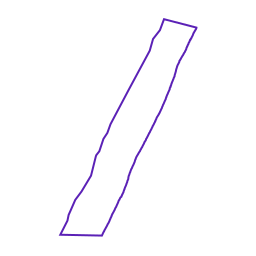 the district of Pinamar, Buenos Aires, Argentina, rotated 353°
{"feature_id": "61730980B99310691740446", "entity_name": "Pinamar", "entity_type": "district", "adm_level": 2, "iso_a3": "ARG", "parent_name": "Argentina", "parent_adm1": "Buenos Aires", "projection": "mercator", "projection_center": [-56.846, -37.107], "detail": "fine", "context": "isolated", "style": "outline", "palette": "violet", "viewbox_px": 256, "rotation_deg": 353, "n_neighbors": 0, "source": "geoboundaries", "source_scale": "gbopen_adm2", "svg_char_len": 5553}
<svg xmlns="http://www.w3.org/2000/svg" viewBox="0 0 256 256"><g transform="rotate(353 128 128)"><path d="M89.0,231.6L89.5,230.8L90.0,230.0L90.3,229.4L90.7,228.9L91.4,227.8L91.6,227.7L91.8,227.4L91.9,227.1L92.4,226.3L92.7,226.0L92.9,225.7L93.2,225.3L93.5,224.8L93.8,224.5L94.0,224.1L94.3,223.8L94.5,223.5L94.6,223.3L94.8,223.0L95.0,222.8L95.3,222.4L96.1,221.0L96.3,220.8L96.7,220.4L98.1,218.3L98.3,217.9L98.5,217.6L98.7,217.1L98.9,216.8L99.1,216.5L99.2,216.4L99.4,215.9L99.6,215.7L99.9,215.0L100.3,214.5L100.7,213.9L100.8,213.8L101.0,213.1L101.2,212.9L101.3,212.6L101.7,212.0L101.9,211.5L102.1,211.4L102.4,211.0L102.7,210.5L103.1,210.0L103.6,209.3L103.9,208.8L104.3,208.3L104.5,208.0L104.7,207.8L104.9,207.3L105.4,206.5L105.6,206.1L106.2,205.3L106.6,204.9L106.7,204.7L107.4,203.4L108.0,202.5L108.7,201.3L109.0,200.9L109.8,199.2L110.2,198.6L110.5,198.3L110.7,198.2L111.0,197.6L111.3,197.2L111.6,196.7L111.9,196.2L112.4,195.8L112.8,195.6L113.0,195.5L113.2,195.1L113.2,194.9L113.4,194.6L113.5,194.5L113.7,194.3L114.0,193.6L114.2,193.4L114.2,193.2L114.5,192.9L114.6,192.7L114.9,192.3L115.0,192.1L115.2,191.8L115.5,191.4L115.7,191.1L115.8,190.8L115.9,190.4L116.5,189.3L116.6,189.0L116.7,188.8L117.0,188.5L117.0,188.3L117.2,187.8L117.5,187.3L117.8,186.6L118.1,186.2L118.4,185.7L118.9,184.9L119.0,184.6L119.5,183.8L119.6,183.5L119.7,183.1L120.2,182.3L120.5,181.9L120.8,180.9L120.9,180.6L121.4,179.7L121.6,179.5L121.8,179.2L122.0,178.7L122.2,177.9L122.3,177.7L122.3,177.3L122.4,177.0L122.8,175.9L123.1,175.2L123.5,174.7L123.6,174.4L123.8,174.0L124.0,173.5L124.1,173.3L124.3,172.8L124.8,172.2L125.0,171.5L125.1,171.4L125.2,171.2L125.5,170.6L126.1,169.5L126.3,169.2L126.5,168.8L126.8,168.6L127.0,168.3L127.2,167.8L127.7,167.0L127.8,166.7L128.1,166.3L128.3,166.0L128.5,165.8L128.9,165.1L129.6,164.0L129.7,163.7L130.4,162.6L130.8,161.6L131.1,160.9L131.2,160.6L131.7,160.0L132.0,159.1L132.3,158.7L132.9,157.6L133.1,157.4L133.3,157.1L133.9,156.3L134.5,155.6L134.6,155.4L135.0,155.0L135.1,154.7L135.3,154.4L135.6,154.1L135.9,153.7L136.2,153.4L136.5,152.9L137.0,152.5L137.8,151.1L138.3,150.6L138.8,149.7L139.0,149.5L139.3,149.1L139.5,149.0L139.8,148.6L139.9,148.3L140.3,147.7L140.7,147.1L140.8,147.0L141.1,146.5L141.4,146.2L141.5,146.0L141.9,145.4L142.1,145.1L142.3,144.6L142.5,144.4L142.7,144.1L142.7,143.9L142.9,143.7L143.1,143.5L143.3,143.2L143.6,143.0L143.8,142.7L144.2,142.2L144.4,141.8L144.5,141.5L144.7,141.0L145.3,140.4L145.4,140.2L145.9,139.6L146.2,138.9L146.7,138.4L146.8,138.2L147.0,137.9L147.2,137.6L147.3,137.3L147.5,137.1L147.7,136.8L147.9,136.5L148.0,136.3L148.1,136.1L148.2,135.9L148.5,135.5L148.7,135.4L149.0,135.1L149.4,134.4L149.8,133.7L150.1,133.2L150.4,132.9L150.6,132.6L150.9,132.2L151.1,131.9L151.6,131.0L152.1,130.4L152.2,130.2L152.5,129.6L152.6,129.4L152.8,129.0L153.2,128.7L153.6,128.0L153.7,127.9L154.1,127.4L154.3,127.0L154.5,126.6L155.2,125.7L155.6,125.1L155.6,124.9L155.7,124.6L155.9,124.5L156.2,124.2L156.3,123.9L156.5,123.4L156.9,122.8L157.1,122.6L157.2,122.4L157.5,121.7L157.8,121.2L158.4,120.4L158.7,120.1L159.0,119.7L159.2,119.4L159.4,119.2L159.5,119.1L159.8,118.7L160.1,118.4L160.3,117.9L160.5,117.8L160.8,117.3L160.9,117.1L161.1,117.0L161.2,116.8L161.5,116.4L161.7,115.9L162.4,114.9L162.6,114.6L162.7,114.3L163.0,113.9L163.3,113.4L163.7,112.8L163.8,112.6L164.1,112.3L164.3,111.8L164.5,111.2L164.8,110.8L165.1,110.4L165.4,109.7L165.5,109.4L165.8,109.1L166.1,108.6L166.4,108.2L166.6,107.8L167.0,107.1L167.4,106.4L167.6,106.0L167.8,105.8L167.9,105.5L168.1,105.3L168.3,105.0L168.6,104.4L168.9,104.1L169.0,103.7L169.4,102.7L169.8,102.2L169.8,101.9L170.0,101.6L170.9,99.9L171.0,99.8L171.3,99.3L171.5,99.1L171.8,98.5L172.1,97.9L172.4,97.4L172.9,96.6L173.2,96.1L173.5,95.7L173.8,95.1L174.1,94.7L174.3,93.6L174.6,93.2L174.8,92.9L175.0,92.6L175.2,92.4L175.2,92.2L175.4,92.1L175.4,91.6L175.6,91.3L176.2,90.4L176.3,89.9L176.6,89.2L177.0,88.7L177.1,88.2L177.4,87.8L177.7,87.3L178.0,86.8L178.6,85.6L178.7,85.4L178.9,85.2L179.2,84.6L179.7,83.5L180.2,82.9L180.4,82.5L180.5,82.4L180.6,81.9L180.8,81.2L181.1,80.5L181.5,79.7L181.7,79.2L181.9,78.7L182.1,78.3L182.4,77.5L182.5,77.3L182.6,76.9L182.7,76.4L182.9,76.1L183.4,74.8L183.6,74.5L183.9,73.8L184.0,73.4L184.3,72.9L184.5,72.5L184.6,72.3L184.6,72.2L185.1,71.4L185.5,70.8L185.7,70.6L186.0,70.2L186.1,69.9L186.8,69.0L186.8,68.9L187.0,68.4L187.1,68.1L187.2,67.7L187.5,67.5L187.6,67.3L188.0,66.9L188.1,66.6L188.5,66.3L188.7,66.0L188.8,65.7L189.1,65.4L189.4,64.9L189.8,64.4L190.7,63.3L190.9,62.9L191.5,62.4L191.8,61.9L192.1,61.6L192.3,61.0L192.6,60.7L192.9,60.3L193.2,60.0L193.6,59.6L193.8,59.3L193.9,59.0L194.1,58.8L194.4,58.2L194.8,57.8L195.1,57.2L195.3,57.0L195.6,56.3L195.7,55.9L196.0,55.3L196.5,54.7L196.6,54.3L196.8,54.2L197.1,53.6L197.3,53.3L197.4,53.0L197.5,52.9L197.7,52.6L198.1,52.2L198.4,51.3L198.5,51.2L198.7,50.8L199.0,50.5L199.3,50.2L199.4,49.9L199.6,49.5L199.7,49.3L199.9,49.1L200.0,48.9L200.4,48.5L200.4,48.3L200.5,48.3L200.6,48.2L200.9,47.8L200.9,47.6L201.1,47.4L201.2,47.1L201.4,47.0L201.4,46.9L201.5,46.8L201.7,46.7L202.0,46.3L202.1,46.0L202.5,45.4L202.7,45.2L202.9,44.9L203.0,44.7L203.5,44.0L203.7,43.6L203.9,43.3L204.0,43.0L204.2,42.6L204.3,42.4L204.6,41.8L205.1,41.4L205.2,41.2L205.4,40.9L205.5,40.7L205.7,40.3L206.0,40.1L206.5,39.4L206.9,38.9L207.2,38.5L207.5,38.2L208.0,37.3L208.2,36.8L208.2,36.7L177.0,24.4L171.6,34.8L163.7,42.7L159.0,53.9L133.6,89.8L111.1,122.1L107.3,129.6L106.9,130.4L102.3,135.8L96.7,147.6L93.2,151.1L92.6,152.3L85.5,170.8L74.1,185.4L66.9,192.9L60.8,203.2L58.5,207.0L56.6,212.6L47.8,225.7L89.0,231.6Z" fill="none" stroke="#5b21b6" stroke-width="2"/></g></svg>